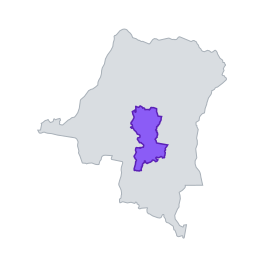 Kasaï-Oriental highlighted on a map of Democratic Republic of the Congo, rotated 10°
{"feature_id": "COD-1896", "entity_name": "Kasaï-Oriental", "entity_type": "Province", "adm_level": 1, "iso_a3": "COD", "parent_name": "Democratic Republic of the Congo", "parent_adm1": "", "projection": "robinson", "projection_center": [23.978, -4.842], "detail": "fine", "context": "in_parent", "style": "filled", "palette": "violet", "viewbox_px": 256, "rotation_deg": 10, "n_neighbors": 0, "source": "natural_earth", "source_scale": "10m", "svg_char_len": 8966}
<svg xmlns="http://www.w3.org/2000/svg" viewBox="0 0 256 256"><g transform="rotate(10 128 128)"><path d="M211.5,171.4L194.3,174.5L194.6,175.6L194.5,176.7L194.0,177.6L192.3,180.0L189.7,182.3L189.6,182.8L190.9,185.3L191.8,188.6L191.5,194.6L191.9,196.2L191.8,197.5L190.9,198.9L189.2,206.0L190.3,209.5L193.7,212.7L195.7,215.1L199.0,216.0L199.5,215.9L199.8,213.9L202.4,213.1L202.4,225.9L202.2,226.6L201.7,226.8L201.0,226.4L200.8,225.1L200.1,224.6L196.9,226.2L196.0,226.2L195.1,225.9L194.5,225.2L194.3,224.3L192.0,220.5L190.9,220.3L189.6,216.9L184.5,214.5L182.5,214.3L181.5,213.5L180.5,210.9L178.8,209.2L178.4,207.3L178.1,207.0L177.0,207.4L176.1,210.4L175.0,211.1L172.9,211.2L167.6,210.3L163.9,208.8L162.9,208.9L161.4,207.5L160.8,205.2L161.1,203.4L160.8,203.2L155.1,204.7L153.7,205.6L152.4,205.3L152.0,204.9L152.6,203.6L152.3,202.3L151.9,201.7L150.2,201.2L149.6,199.8L148.6,199.6L148.2,199.8L148.0,200.8L147.4,201.1L143.9,200.6L140.4,201.9L135.6,201.5L133.3,203.0L133.0,203.0L132.5,202.2L132.0,199.8L132.3,199.1L133.0,198.7L133.2,197.7L133.0,195.2L133.2,194.6L132.9,193.1L132.2,190.8L131.2,189.0L129.1,186.1L128.6,184.8L128.8,181.7L129.5,176.7L129.4,173.0L128.5,170.5L128.3,167.9L128.9,163.3L128.3,162.1L117.4,161.8L117.0,161.4L116.8,160.8L117.3,158.0L110.6,158.7L108.7,159.2L107.4,160.4L107.0,161.8L107.0,163.8L106.0,165.7L105.7,169.0L103.9,169.4L102.0,169.4L98.5,168.7L95.1,169.6L93.4,170.5L92.5,170.1L89.4,170.4L89.0,170.2L85.4,163.7L83.8,161.5L83.5,160.5L83.7,159.5L83.2,158.1L81.6,154.8L81.3,153.3L81.3,150.8L81.1,150.0L79.6,147.9L78.7,147.3L77.6,146.9L59.8,147.2L53.9,146.8L49.6,147.1L47.4,146.9L46.8,146.6L44.9,147.0L43.9,147.9L42.3,148.4L41.4,148.2L39.5,145.8L42.0,145.3L42.2,145.1L42.3,139.3L41.7,138.5L43.0,137.6L45.2,135.0L47.3,134.1L47.6,133.6L48.0,133.6L48.8,134.7L50.6,136.1L52.9,134.8L53.1,134.5L53.4,132.0L54.0,131.8L54.9,132.4L55.5,132.4L56.5,131.6L59.3,130.4L60.2,132.0L59.4,133.4L59.8,134.4L59.8,136.0L60.3,136.4L62.6,136.5L63.3,136.2L67.8,130.5L69.0,129.8L70.9,127.6L73.4,126.6L74.5,124.8L75.9,121.6L76.6,117.0L76.3,109.1L76.6,108.1L79.6,104.5L82.7,98.1L84.8,96.4L86.4,95.7L88.9,93.3L90.8,90.9L90.5,88.1L91.0,85.7L92.1,82.7L92.4,79.5L92.1,76.1L92.2,73.4L93.7,69.0L93.8,64.0L95.1,59.7L97.7,54.4L98.9,50.4L98.7,46.4L99.1,43.5L98.9,41.8L98.4,40.3L98.7,39.4L99.7,39.0L100.9,37.5L103.1,33.7L105.5,31.8L107.1,31.2L108.8,31.2L110.0,31.6L111.8,33.1L113.9,34.3L115.4,35.8L116.9,38.2L120.6,38.7L122.2,39.5L123.2,39.9L123.5,39.6L124.3,39.8L126.0,40.5L127.4,40.1L134.2,41.6L135.0,40.9L136.9,36.8L138.4,35.4L140.7,35.3L142.5,36.1L143.5,36.1L151.9,32.6L153.0,32.4L156.0,33.2L158.0,32.7L158.8,32.9L160.5,32.3L161.9,29.8L163.1,29.2L175.1,31.9L176.9,30.6L177.8,30.4L180.5,31.4L181.3,32.9L182.9,34.1L184.1,36.3L185.9,37.4L186.8,38.6L187.8,39.4L190.0,39.6L192.8,37.7L194.8,37.9L196.7,39.0L197.4,38.9L198.9,37.8L199.7,36.6L200.5,36.3L201.6,36.9L202.6,38.0L203.4,39.6L206.4,43.2L209.4,44.8L210.1,47.0L211.1,46.8L211.7,47.0L212.4,48.4L213.0,48.7L213.1,49.3L212.3,50.6L211.6,53.1L212.6,54.7L211.8,57.0L211.4,59.3L212.4,59.9L213.6,59.8L214.7,61.1L215.6,61.3L216.5,62.6L216.3,63.6L213.4,67.4L209.1,72.1L207.7,72.7L206.9,73.5L206.4,74.9L205.1,76.1L204.1,76.5L204.1,79.9L202.6,83.4L202.1,84.1L201.3,89.8L201.4,90.8L200.6,95.4L200.7,99.8L198.6,101.1L197.2,103.3L196.6,104.7L196.6,108.3L194.2,110.4L194.0,110.9L194.6,113.4L195.5,113.8L195.5,114.6L197.4,117.3L197.3,125.5L197.4,126.3L198.4,128.3L199.1,132.0L198.3,136.7L200.9,145.4L199.8,148.6L200.3,151.6L201.9,154.8L205.5,157.9L206.5,159.2L207.4,161.0L208.3,163.7L211.5,171.4Z" fill="#d9dde1" stroke="#a8b0b8" stroke-width="1"/><path d="M149.7,103.5L152.8,104.0L152.9,104.3L153.2,106.3L153.3,107.0L153.5,107.3L154.3,108.6L155.2,110.5L155.5,110.9L155.6,111.1L155.8,111.1L159.1,110.9L159.0,111.8L158.9,112.4L159.0,112.8L159.0,113.5L159.2,114.2L159.2,114.3L158.8,115.4L158.8,115.8L158.5,116.3L158.4,116.5L158.4,117.1L158.5,117.3L158.4,117.5L158.2,117.4L158.2,117.5L158.3,117.7L158.3,117.9L158.3,118.1L158.3,118.4L158.0,118.8L157.9,119.0L157.8,119.4L157.7,119.5L157.3,119.6L157.3,120.4L157.3,120.5L157.0,120.6L156.9,120.7L156.8,121.0L156.7,121.1L156.6,121.3L156.3,121.5L156.1,121.6L156.3,122.0L156.3,122.4L156.1,122.4L156.1,122.5L156.1,122.9L156.3,123.6L156.3,123.9L156.0,124.3L155.8,124.7L155.7,124.8L155.8,125.1L156.1,125.3L155.9,125.4L156.0,125.5L156.4,125.5L156.5,125.6L156.4,125.7L156.4,125.9L156.6,126.4L156.8,126.2L156.9,126.6L157.2,126.9L157.2,127.4L157.5,127.7L157.8,127.6L157.9,127.8L158.0,128.2L158.1,128.4L158.1,128.6L158.0,128.8L158.3,129.0L158.2,129.3L158.2,129.8L158.3,129.9L158.3,130.1L158.1,130.5L158.0,131.4L158.3,131.9L158.2,132.1L157.8,132.4L157.5,133.0L157.4,133.2L157.2,133.3L157.0,133.5L156.8,134.0L157.0,134.4L156.9,134.5L157.1,134.6L157.3,135.2L157.6,135.5L157.8,135.6L158.0,136.0L158.3,136.7L158.7,137.7L158.9,137.7L159.2,137.8L170.0,137.8L169.8,138.2L169.4,139.5L168.6,140.7L168.4,141.2L168.3,141.8L168.3,142.1L168.7,142.8L168.8,143.1L168.7,143.3L168.3,143.8L168.2,144.2L168.1,144.5L168.3,145.0L168.9,145.6L169.0,145.8L169.0,146.2L169.0,147.5L169.1,148.5L168.8,149.2L168.7,149.4L168.8,149.7L169.0,150.2L169.1,150.5L169.0,150.8L168.8,151.0L168.6,151.1L168.1,151.0L167.9,151.0L167.7,151.1L167.4,151.4L167.3,151.5L167.1,151.5L167.0,151.4L166.9,150.9L166.7,150.7L165.9,150.4L165.5,150.3L165.3,150.4L164.2,151.5L163.6,151.7L163.0,152.0L162.8,152.0L161.8,151.8L161.3,151.8L161.1,151.8L160.8,152.1L160.6,152.5L160.8,153.0L161.5,153.8L161.8,154.0L162.8,153.9L162.9,154.0L163.0,154.1L163.0,154.3L162.7,154.5L162.5,154.9L162.5,155.1L162.3,155.7L162.2,155.8L161.2,156.3L160.8,156.3L160.2,155.7L159.5,155.4L158.8,155.3L158.4,155.2L157.8,155.3L157.5,155.5L157.4,155.8L157.3,156.1L157.3,156.4L157.3,156.5L157.2,156.6L155.9,157.8L155.7,157.9L155.1,158.1L154.4,158.7L154.3,158.8L153.8,158.8L153.6,158.9L153.3,159.4L153.1,159.6L152.8,159.6L152.3,159.4L151.2,158.8L151.0,158.6L151.1,158.2L151.0,157.9L150.9,157.7L150.6,157.5L150.4,157.6L150.2,157.6L150.3,157.8L150.3,158.1L150.1,158.1L150.0,158.3L150.3,158.6L150.2,158.7L150.2,158.8L150.3,158.8L150.2,159.1L150.2,159.3L149.6,159.5L149.4,159.6L149.4,159.8L149.0,160.5L148.7,160.8L148.6,161.0L148.7,161.7L148.6,161.9L148.5,162.1L148.8,162.4L148.9,162.6L148.8,162.8L148.7,162.9L148.6,163.9L148.5,164.0L148.4,164.2L148.3,164.4L148.2,164.4L148.3,164.6L148.2,164.8L148.2,166.5L148.4,167.1L148.5,167.4L148.5,167.5L148.4,167.6L147.8,167.5L147.5,167.6L147.3,167.8L147.0,168.2L146.8,168.3L146.7,168.3L146.4,168.1L145.9,168.4L144.9,168.4L144.6,168.4L144.2,168.6L143.7,168.5L143.2,168.4L142.7,168.4L142.4,168.3L142.2,168.3L142.0,168.6L141.7,168.7L141.4,168.4L141.3,167.7L141.1,167.2L141.4,164.2L141.6,162.8L141.6,162.2L141.5,161.4L141.6,160.9L141.4,160.3L141.4,159.9L141.9,158.6L141.9,158.4L141.8,158.1L141.5,157.7L141.2,157.5L140.8,157.3L140.4,157.0L140.2,156.8L139.8,156.0L139.6,155.8L139.1,155.4L139.0,155.2L138.9,154.7L139.0,154.3L139.6,153.1L139.8,152.6L139.9,152.3L140.0,151.4L140.2,150.9L140.4,150.6L140.4,150.4L140.4,150.2L139.8,149.6L139.6,149.4L139.4,149.0L139.3,148.7L139.2,148.1L139.2,146.7L139.4,146.1L139.6,145.9L139.8,145.8L140.0,145.8L141.0,145.8L142.2,145.6L142.5,145.5L143.1,145.2L143.2,145.6L143.3,145.8L143.6,145.8L143.8,145.7L144.0,145.5L144.3,145.1L144.5,145.0L145.1,144.7L145.8,144.3L146.3,144.3L146.5,144.1L146.5,142.3L146.3,142.0L146.0,141.7L145.6,141.5L144.8,141.0L144.0,140.7L143.8,140.6L143.7,140.5L143.6,140.2L143.3,140.1L142.3,140.4L142.1,140.5L141.8,140.4L141.1,139.4L140.1,138.4L139.4,137.7L139.2,137.5L139.2,137.3L139.2,136.8L139.2,136.4L139.4,136.0L139.6,135.8L140.9,135.4L141.1,135.3L141.3,135.0L141.3,134.5L141.1,133.4L140.9,133.1L140.7,132.9L140.4,132.8L139.8,132.7L139.2,132.5L138.5,132.5L138.2,132.4L137.5,131.4L136.6,130.3L136.1,129.9L134.9,129.3L134.2,128.7L134.0,128.4L133.8,128.1L133.1,127.2L132.3,127.3L132.1,127.5L131.7,127.6L131.3,127.3L131.2,127.2L130.5,126.9L130.5,126.7L130.9,126.4L131.2,126.3L131.7,126.3L132.0,126.3L132.1,126.2L132.2,125.8L131.7,124.4L131.6,124.1L131.4,123.9L130.6,123.7L130.4,123.6L130.2,123.3L130.1,122.8L130.1,122.0L130.1,121.8L130.6,121.4L130.7,121.1L130.9,120.2L131.4,119.3L132.1,116.9L132.1,116.7L132.0,116.2L131.9,115.9L131.8,115.6L130.6,113.8L130.4,113.6L130.3,113.4L130.1,112.8L130.0,112.1L129.9,111.8L129.4,111.4L129.6,111.2L130.0,110.5L130.7,110.1L131.1,109.8L131.3,109.4L131.6,109.2L131.9,109.2L132.0,109.4L132.1,109.8L132.0,110.5L132.2,111.0L132.3,111.1L132.5,111.2L132.9,110.9L133.0,110.8L133.0,110.4L132.4,108.1L132.3,107.0L132.2,106.6L131.9,105.6L131.9,105.4L132.0,105.3L132.9,105.6L133.4,105.7L134.9,105.8L135.0,105.7L135.3,105.5L135.9,104.4L136.1,104.2L136.3,104.2L136.7,104.2L137.4,104.7L137.9,104.7L138.4,105.0L138.7,105.3L139.0,105.8L139.6,105.5L140.2,105.5L140.5,105.6L140.9,105.8L141.1,106.2L141.5,106.9L141.6,107.0L142.1,106.8L144.6,106.3L145.1,106.3L145.8,106.4L146.0,106.4L146.1,106.2L146.0,105.8L146.1,105.7L146.3,105.5L146.7,105.3L146.9,105.0L146.9,104.2L147.0,104.0L147.2,103.8L147.5,103.7L148.8,103.7L149.0,103.6L149.7,103.5Z" fill="#8b5cf6" stroke="#5b21b6" stroke-width="1.5"/></g></svg>